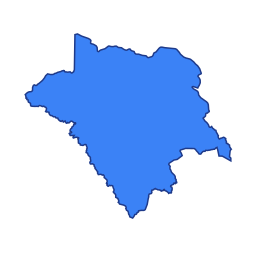 outline of Kasungu, Kasungu, Malawi, rotated 95°
{"feature_id": "42251766B4237185447418", "entity_name": "Kasungu", "entity_type": "district", "adm_level": 2, "iso_a3": "MWI", "parent_name": "Malawi", "parent_adm1": "Kasungu", "projection": "orthographic", "projection_center": [33.451, -12.996], "detail": "fine", "context": "isolated", "style": "filled", "palette": "blue", "viewbox_px": 256, "rotation_deg": 95, "n_neighbors": 0, "source": "geoboundaries", "source_scale": "gbopen_adm2", "svg_char_len": 5850}
<svg xmlns="http://www.w3.org/2000/svg" viewBox="0 0 256 256"><g transform="rotate(95 128 128)"><path d="M167.2,161.8L166.7,160.5L167.5,158.7L169.3,158.2L170.2,157.3L171.3,157.3L172.3,156.0L173.2,155.6L174.0,154.5L174.5,154.3L175.4,154.5L177.0,153.5L176.5,151.1L176.7,150.1L177.2,149.6L176.8,148.5L177.5,147.7L178.2,147.4L179.5,147.4L179.9,146.6L181.7,144.4L183.4,144.0L184.3,144.5L185.0,144.6L185.1,143.9L185.3,143.7L185.7,143.6L186.0,144.0L186.6,144.1L187.7,143.0L187.7,142.4L186.7,141.4L187.0,140.2L186.7,139.4L186.9,138.3L189.1,137.4L190.6,136.5L192.0,136.6L192.9,137.1L193.2,137.0L193.9,136.1L194.4,135.9L194.6,135.3L195.7,134.4L198.1,134.2L199.1,131.9L199.6,131.8L201.1,130.9L201.9,130.8L202.9,131.3L203.6,130.3L204.5,129.8L205.2,125.5L206.1,123.5L207.4,122.9L207.9,122.9L208.4,123.2L208.9,122.8L209.6,122.6L210.1,122.2L210.6,121.1L211.6,120.4L213.8,119.8L214.6,119.1L216.4,118.4L217.3,115.5L215.4,114.3L213.6,113.7L213.3,112.4L212.5,111.8L211.5,111.6L210.8,110.3L210.1,110.1L209.7,110.3L209.5,110.2L208.9,107.5L208.7,105.1L208.3,104.3L207.7,103.7L202.4,102.2L196.7,101.7L194.6,101.3L194.0,101.6L192.1,101.2L191.8,100.8L191.4,99.4L191.0,98.9L189.9,98.6L188.7,99.0L187.8,98.8L187.7,98.0L187.2,97.0L186.8,96.9L186.0,95.7L186.4,95.5L186.4,94.2L187.0,92.8L186.9,91.0L187.2,90.7L187.2,89.9L187.9,89.6L188.0,89.2L187.4,88.5L187.5,87.9L187.1,87.3L186.6,87.0L186.3,87.1L186.0,86.6L186.2,86.3L187.0,86.0L187.4,85.1L187.4,84.6L187.9,83.7L188.8,82.3L189.6,81.8L188.8,80.5L189.1,79.5L188.5,79.1L186.3,79.2L186.1,78.7L184.6,78.7L183.2,79.1L182.7,80.4L181.8,80.4L180.6,78.8L180.2,77.8L179.3,77.7L178.8,77.3L179.3,76.1L178.8,75.8L178.2,75.8L178.5,74.9L178.3,74.7L177.9,74.7L176.0,75.6L175.1,75.6L174.3,76.5L172.5,76.7L171.8,77.0L170.9,77.7L168.4,80.7L165.8,82.0L165.2,82.6L163.5,82.8L162.8,82.6L162.2,82.9L160.8,84.2L159.9,84.1L159.5,83.9L155.9,79.4L155.0,76.2L150.8,71.6L148.5,72.7L146.4,74.2L145.4,73.9L143.3,68.8L142.7,60.3L143.5,58.9L144.9,57.7L146.0,56.4L147.7,54.9L147.7,53.5L147.2,52.8L146.5,52.6L145.0,51.4L144.6,50.6L144.5,49.2L143.5,48.7L143.4,46.5L143.1,45.8L142.9,44.4L142.2,43.2L142.3,42.6L141.7,41.0L141.6,39.9L139.9,38.4L139.6,37.6L140.2,37.6L141.7,36.8L148.0,34.9L147.8,31.6L151.8,22.7L149.4,22.9L148.8,23.1L147.8,24.4L142.1,24.3L140.3,23.6L140.1,23.3L137.9,25.1L136.1,25.4L135.6,26.7L134.8,27.2L134.9,28.0L134.5,28.7L134.0,28.6L133.6,28.9L132.7,28.8L131.3,29.9L130.5,29.6L130.0,29.7L129.6,30.6L129.2,30.9L128.9,32.0L130.0,34.1L130.1,34.8L131.0,35.8L130.7,36.6L128.9,37.5L127.7,37.3L126.9,38.1L126.3,38.3L124.2,39.8L122.7,40.2L122.5,40.7L122.4,41.7L121.6,42.3L120.8,43.7L119.2,44.8L120.1,45.8L120.1,46.5L120.0,47.0L119.0,47.7L118.2,47.9L117.0,48.8L115.8,49.9L114.2,52.1L112.3,53.5L112.1,53.9L111.1,53.8L110.6,52.9L109.5,51.9L106.8,51.7L106.4,51.2L106.2,50.1L105.4,49.6L104.9,48.8L104.4,48.5L103.9,48.6L103.1,49.1L102.4,49.3L97.9,50.0L96.3,50.7L95.1,52.0L91.4,58.3L89.1,60.4L86.5,61.1L85.5,61.8L84.8,62.9L83.2,66.4L81.7,67.7L81.2,67.4L81.0,66.5L82.1,62.0L80.9,61.6L79.4,60.8L76.7,60.0L74.6,60.2L73.7,60.4L72.3,61.2L70.9,62.5L70.3,62.9L69.1,62.3L67.6,59.9L67.1,59.8L62.8,61.7L59.9,64.1L58.4,66.3L56.4,68.3L54.2,71.6L53.9,72.4L53.2,76.5L52.4,78.8L50.0,82.1L48.1,83.6L45.4,86.4L44.9,87.9L44.8,98.1L44.5,101.1L44.6,102.4L45.0,103.1L46.0,104.1L49.8,106.7L50.9,108.6L51.8,109.0L53.6,109.4L54.4,110.0L54.8,110.5L56.1,113.7L56.0,114.7L54.7,116.0L54.5,116.4L54.4,120.0L53.5,123.9L53.7,125.6L53.6,126.7L52.9,127.7L51.3,128.6L50.7,131.2L50.0,132.2L49.5,132.5L49.1,133.0L49.4,134.2L50.6,136.1L50.6,137.1L50.0,139.1L48.6,141.5L48.6,144.7L47.5,146.6L47.6,148.1L48.1,149.4L48.3,150.8L48.3,152.2L48.0,153.6L48.1,154.6L51.0,157.8L52.8,162.2L53.5,163.0L54.3,163.6L54.5,164.1L54.3,164.8L53.9,165.2L50.4,165.8L48.9,166.9L47.6,169.7L47.2,172.0L46.9,172.6L46.4,172.7L44.1,172.6L43.7,172.9L43.0,173.7L42.2,175.5L40.5,182.2L38.7,186.5L39.6,189.0L74.6,186.5L76.8,187.1L77.5,188.0L77.8,188.2L78.1,188.8L78.0,189.4L77.1,190.5L77.7,193.3L77.5,194.4L77.6,195.5L77.2,196.2L76.5,196.4L76.3,197.0L77.0,199.0L77.6,199.8L78.7,203.0L79.7,204.4L79.9,205.5L80.7,206.5L81.2,207.4L81.5,209.8L81.1,212.8L83.1,214.6L85.4,215.6L88.0,217.3L91.4,220.6L92.4,222.0L93.2,222.4L93.7,223.4L93.2,225.2L93.9,226.0L95.9,226.6L98.9,226.4L99.8,227.0L100.2,227.6L100.5,229.3L100.9,230.4L101.7,231.5L103.7,233.3L104.5,232.8L106.1,232.3L107.1,232.3L107.1,231.4L108.5,231.2L108.8,229.9L110.5,229.7L110.9,229.4L111.6,227.8L112.3,227.2L113.6,227.1L114.6,226.5L114.7,224.6L114.5,221.5L114.3,220.6L114.4,219.3L113.4,218.4L113.3,218.0L113.5,216.7L114.1,215.2L113.7,214.4L113.6,213.7L114.1,213.3L114.5,211.8L115.5,210.9L116.7,211.0L117.3,210.8L118.6,211.6L118.9,211.3L119.2,210.8L119.0,209.5L119.3,208.0L120.2,208.0L121.6,207.2L122.4,205.8L122.3,204.8L123.3,203.3L123.2,201.5L124.2,200.7L124.3,198.7L125.2,198.4L125.6,198.1L126.8,196.7L126.8,196.1L127.2,195.8L127.3,195.1L126.5,194.3L126.4,194.0L126.6,193.6L127.5,193.2L127.7,192.7L126.5,191.3L128.4,190.1L128.6,189.5L128.4,189.0L127.8,188.7L128.1,187.7L127.9,187.0L126.3,185.7L126.1,185.2L126.2,184.3L126.5,183.6L127.5,182.7L127.4,180.8L127.9,180.6L128.5,180.7L128.6,181.4L129.4,182.4L129.9,182.3L131.1,182.9L132.0,184.0L133.0,184.0L133.9,185.0L134.8,185.4L136.1,185.5L136.6,184.3L137.1,183.8L137.4,183.8L137.9,184.4L138.1,185.7L138.7,186.1L139.5,185.3L140.3,185.1L140.5,184.9L140.1,181.0L141.8,181.9L142.3,181.9L142.7,181.6L142.7,181.2L142.2,180.4L141.7,178.7L141.8,177.3L142.0,176.4L142.5,176.3L143.2,177.0L143.4,176.9L143.4,176.6L147.2,176.1L147.5,175.6L147.9,174.4L149.1,174.0L149.3,171.3L148.3,169.8L148.1,168.8L148.3,168.3L149.0,168.1L149.8,167.6L151.4,166.9L152.0,167.0L152.5,167.4L153.7,167.1L154.3,167.6L155.2,167.4L156.1,167.6L156.3,167.3L156.5,166.1L158.3,165.4L159.1,164.7L159.9,163.5L161.0,162.8L162.1,162.9L162.9,162.5L164.3,162.2L164.9,162.8L165.6,163.0L166.8,162.6L167.2,161.8Z" fill="#3b82f6" stroke="#1e3a8a" stroke-width="1.5"/></g></svg>